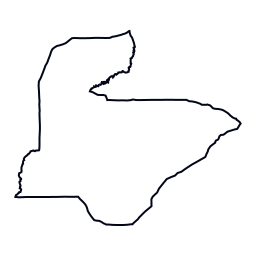 the district of Angkor Chum, Siemréab, Cambodia
{"feature_id": "14789045B56044752523155", "entity_name": "Angkor Chum", "entity_type": "district", "adm_level": 2, "iso_a3": "KHM", "parent_name": "Cambodia", "parent_adm1": "Siemréab", "projection": "orthographic", "projection_center": [103.697, 13.721], "detail": "fine", "context": "isolated", "style": "outline", "palette": "ink", "viewbox_px": 256, "rotation_deg": 0, "n_neighbors": 0, "source": "geoboundaries", "source_scale": "gbopen_adm2", "svg_char_len": 4997}
<svg xmlns="http://www.w3.org/2000/svg" viewBox="0 0 256 256"><path d="M215.2,142.7L215.3,141.7L216.0,140.5L217.7,139.8L218.5,139.0L219.4,136.3L220.8,135.0L223.5,134.7L225.0,133.6L227.4,131.7L230.9,130.6L234.8,129.4L237.2,128.9L238.1,127.5L239.5,125.1L240.6,123.6L240.0,122.5L238.1,120.7L236.5,119.7L236.2,118.7L234.5,118.4L232.5,117.3L230.5,115.7L228.2,113.4L225.5,111.6L222.9,110.1L220.6,109.4L218.3,109.0L216.5,108.9L214.6,108.7L212.9,108.2L211.3,106.5L210.1,105.4L207.3,104.5L206.5,104.8L204.1,104.8L201.6,104.7L200.3,103.8L196.8,102.5L194.1,101.8L191.6,101.4L189.1,101.2L186.6,99.9L167.6,99.8L154.8,99.9L150.9,99.9L138.0,100.1L135.8,100.0L132.9,99.5L131.0,100.1L126.9,100.5L123.1,100.3L118.4,100.4L113.3,100.2L109.1,100.0L107.3,100.1L106.6,98.0L105.6,95.6L103.3,95.0L99.7,95.0L97.5,94.8L94.6,93.2L92.5,92.1L90.8,91.6L89.9,91.4L90.3,90.3L90.7,89.5L91.6,88.9L91.5,88.5L92.4,88.1L93.0,87.8L93.4,87.6L94.2,87.0L94.2,86.5L94.6,86.7L95.0,87.0L95.5,86.9L95.3,86.4L95.9,85.8L96.1,85.4L96.6,85.8L97.3,86.0L97.9,86.2L98.4,86.2L98.6,85.5L98.7,85.0L99.2,84.8L99.8,84.5L100.3,84.6L100.7,84.8L101.0,84.5L101.4,83.9L101.9,83.7L102.0,83.2L101.7,82.8L101.6,82.5L101.8,82.1L102.2,82.2L102.8,82.7L103.1,83.2L103.6,83.9L104.2,83.5L104.2,83.0L103.8,82.7L103.6,81.9L104.3,81.8L105.1,82.0L105.0,82.4L105.3,83.3L105.7,83.0L106.4,82.7L106.3,82.1L107.0,81.7L107.7,82.1L108.2,82.4L108.3,81.9L108.0,81.2L107.4,80.9L106.9,80.3L107.3,79.8L108.2,79.7L109.0,79.7L109.0,79.1L108.6,78.7L109.1,78.1L109.5,77.7L109.8,77.4L110.3,77.0L110.8,76.7L111.3,76.2L112.1,76.4L112.6,76.9L112.9,77.4L113.2,76.9L113.8,76.5L113.9,75.9L113.7,75.5L114.2,75.3L114.7,74.8L115.1,74.1L115.8,74.0L116.4,74.6L116.9,74.2L117.4,73.8L117.9,73.4L118.1,72.9L118.3,72.5L118.9,72.7L119.6,72.3L120.0,72.2L120.9,72.5L121.8,72.3L122.0,71.9L122.4,71.1L122.8,71.0L123.3,71.6L124.1,72.1L124.7,72.2L125.4,72.6L126.4,72.5L126.9,72.4L127.5,72.3L128.1,71.8L128.6,71.8L128.7,71.2L128.6,70.8L128.6,70.4L129.1,70.0L129.1,69.3L129.0,68.6L128.7,68.2L128.7,67.5L129.3,67.0L129.8,67.1L130.2,66.9L130.5,66.6L130.5,66.2L130.6,65.3L130.9,64.7L131.2,63.6L130.6,63.2L130.6,62.6L130.8,62.1L130.7,61.7L130.6,61.1L130.6,60.4L130.7,60.0L130.8,59.5L130.8,58.9L130.6,58.5L131.2,58.2L131.8,58.1L132.1,57.7L132.2,57.1L132.6,56.5L133.0,56.3L133.2,55.8L133.2,55.2L133.7,54.3L133.6,53.8L133.5,53.3L133.3,52.8L133.9,52.6L134.1,52.0L134.3,51.4L133.9,51.1L133.5,50.9L133.7,50.4L134.3,50.0L134.1,49.6L133.7,48.9L133.9,48.5L134.2,48.0L133.7,47.6L134.1,47.2L134.9,46.8L134.4,45.2L134.0,43.3L132.8,39.6L132.0,37.5L130.7,35.8L129.8,33.3L129.5,31.0L129.0,31.1L126.7,32.8L124.7,33.7L122.9,34.2L120.9,34.9L118.6,35.5L115.4,36.3L112.3,36.8L109.9,37.9L106.1,38.0L99.8,37.9L94.6,37.9L89.4,38.1L84.9,38.2L79.8,38.2L75.2,38.0L72.9,38.1L71.8,38.3L69.9,39.8L68.2,41.2L65.8,43.1L64.4,43.7L63.2,44.2L60.4,45.1L56.9,46.0L54.1,47.7L52.4,49.2L51.1,51.7L50.1,55.0L48.6,58.8L47.2,62.7L45.4,65.7L44.2,69.1L42.5,73.6L40.7,78.1L38.9,81.4L38.6,85.7L38.9,90.2L39.1,93.9L39.1,94.5L39.3,98.9L39.4,99.6L39.5,100.9L39.5,101.9L39.4,103.1L39.3,104.1L39.3,104.6L39.5,108.2L39.7,110.6L39.5,112.6L39.5,114.2L39.5,115.4L39.6,117.6L39.7,120.7L39.9,125.1L39.9,129.3L39.7,134.1L39.5,137.8L39.5,140.8L39.5,145.2L39.4,147.8L39.3,149.4L39.0,150.3L38.1,150.4L37.1,150.5L36.2,150.5L35.7,150.6L35.0,151.2L34.1,151.0L33.6,150.5L32.9,150.6L32.2,150.9L31.0,151.1L30.5,151.4L30.2,152.3L29.7,152.7L29.2,153.5L29.0,153.8L28.2,154.0L27.7,154.5L27.4,155.3L27.0,155.4L26.0,156.1L25.4,156.7L25.0,157.0L24.5,157.5L23.9,158.8L23.9,159.6L24.1,160.1L23.6,160.3L23.3,161.0L23.1,161.7L23.0,162.3L22.9,163.0L23.1,163.8L22.4,164.4L22.2,165.5L21.9,166.3L21.5,167.1L21.5,168.3L21.4,169.3L21.6,170.6L21.4,172.1L20.6,172.6L19.7,173.0L19.1,173.3L19.1,173.9L18.9,174.7L18.8,175.4L19.3,176.7L19.7,177.4L20.6,178.2L21.1,178.6L21.1,179.1L20.6,179.3L20.3,179.7L20.6,180.9L20.3,181.2L19.7,181.6L19.4,181.9L19.6,182.6L19.7,183.6L19.9,184.0L20.4,185.1L20.6,185.8L20.1,186.3L19.9,187.1L20.2,187.8L19.8,188.3L20.2,188.6L20.7,188.8L21.1,189.3L21.2,189.8L21.0,190.2L20.7,191.2L20.5,192.0L19.7,192.2L19.1,192.2L18.7,193.1L18.3,193.2L17.9,193.6L17.6,194.1L17.2,194.5L16.7,194.7L16.2,194.9L15.9,195.4L15.7,195.9L15.5,196.4L15.4,197.0L16.8,197.0L18.4,197.3L21.5,197.2L26.4,197.0L32.3,197.0L37.3,197.0L41.4,197.0L46.7,197.0L57.7,196.9L66.4,196.7L67.3,196.8L70.1,196.8L73.9,196.8L78.1,196.7L79.9,198.9L81.6,200.5L83.7,202.6L85.2,204.3L86.3,206.2L86.9,207.6L87.4,209.3L87.7,210.7L88.8,212.7L90.6,215.5L92.5,218.0L94.2,220.1L96.2,220.6L99.4,220.9L101.7,222.1L103.5,223.3L105.0,223.9L106.1,224.5L108.1,224.5L112.9,224.9L117.5,225.0L123.0,225.0L126.8,224.8L131.6,224.2L132.5,224.3L133.5,223.1L137.9,219.2L139.2,217.4L142.8,213.8L145.0,211.6L150.2,207.3L151.5,206.2L151.4,199.2L152.7,196.7L155.2,194.3L157.1,192.6L159.0,188.6L163.4,183.1L166.8,179.0L171.3,177.0L175.0,175.6L177.6,173.0L181.3,171.8L185.6,168.7L192.0,164.5L197.6,161.4L203.0,158.3L205.3,157.0L206.5,154.0L207.7,151.6L208.4,149.2L210.5,146.2L214.2,143.4L215.2,142.7Z" fill="none" stroke="#020617" stroke-width="2"/></svg>